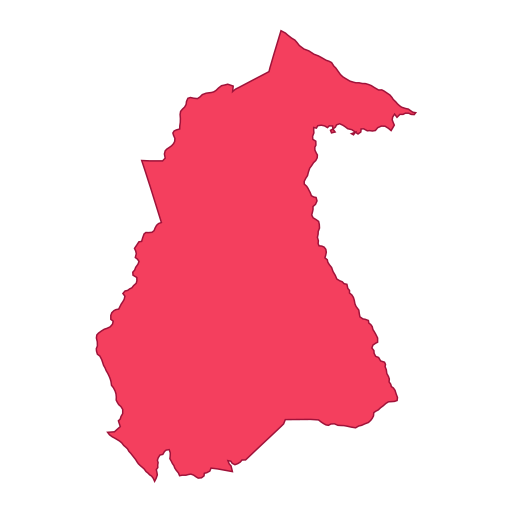 Itapipoca, Ceará, Brazil
{"feature_id": "56859067B2993519795590", "entity_name": "Itapipoca", "entity_type": "district", "adm_level": 2, "iso_a3": "BRA", "parent_name": "Brazil", "parent_adm1": "Ceará", "projection": "albers", "projection_center": [-39.58, -3.366], "detail": "fine", "context": "isolated", "style": "filled", "palette": "rose", "viewbox_px": 512, "rotation_deg": 0, "n_neighbors": 0, "source": "geoboundaries", "source_scale": "gbopen_adm2", "svg_char_len": 5557}
<svg xmlns="http://www.w3.org/2000/svg" viewBox="0 0 512 512"><path d="M98.5,333.1L96.8,335.0L96.4,338.0L97.3,341.8L97.4,346.0L96.3,348.7L96.5,351.1L97.4,354.2L99.9,356.1L101.7,359.6L102.8,362.9L103.6,365.4L105.0,367.8L106.2,370.7L107.7,373.2L109.1,376.1L110.2,378.8L111.0,381.6L111.5,385.3L113.4,387.7L115.1,391.0L116.0,393.9L116.3,397.0L116.2,400.1L117.2,402.1L118.7,404.6L120.9,406.5L122.7,409.4L122.7,413.6L121.0,416.5L120.2,419.1L118.4,420.8L119.2,423.3L120.3,426.6L114.4,431.8L107.6,432.3L109.5,434.8L112.4,436.9L114.5,438.0L116.7,439.3L119.5,441.0L121.7,442.8L123.7,445.4L125.8,447.2L127.5,448.8L128.9,451.3L130.9,453.5L133.4,456.7L135.6,459.5L137.0,461.8L138.4,463.8L140.5,465.8L142.3,467.3L144.2,469.0L146.0,471.5L148.0,473.1L149.6,474.8L151.6,476.1L153.3,478.4L154.6,481.3L156.2,478.2L157.3,474.9L156.9,472.3L156.3,469.6L157.8,467.6L157.7,465.0L158.1,462.7L157.4,460.2L158.2,457.8L160.0,455.0L162.8,454.4L164.5,451.5L166.1,450.1L169.2,449.6L170.3,452.9L170.2,456.1L169.9,458.7L171.4,461.4L172.4,463.5L173.9,465.6L174.7,467.9L176.1,470.1L178.4,472.9L179.6,475.7L182.2,475.2L185.9,475.2L188.5,474.5L190.9,474.1L193.6,475.1L196.0,476.8L198.2,478.1L201.5,477.8L204.0,475.9L204.3,473.3L206.8,472.7L209.8,471.1L211.0,468.1L217.6,468.9L232.4,471.6L231.7,468.6L231.0,465.9L229.2,463.9L227.9,460.6L230.8,461.2L232.2,463.3L234.9,464.7L237.8,463.6L240.2,462.1L242.0,460.0L245.6,459.9L251.4,454.4L253.9,452.0L259.1,447.1L266.1,440.5L272.2,434.8L281.5,426.0L283.6,423.9L285.3,419.6L310.5,419.4L318.5,419.9L321.3,422.1L323.6,423.6L326.0,424.9L328.5,425.3L330.9,424.0L334.4,423.8L337.9,425.3L341.0,425.5L344.0,425.6L346.7,426.1L351.2,427.1L355.6,427.8L358.7,426.0L361.7,425.3L364.7,423.9L368.4,422.5L370.7,420.4L372.2,418.4L373.5,415.9L373.8,412.6L375.8,411.2L378.3,409.9L380.5,407.8L383.2,405.8L385.9,403.4L388.5,401.8L392.0,401.6L394.5,401.4L397.1,400.5L397.5,397.6L396.1,393.8L395.0,390.3L393.4,388.0L391.4,386.6L390.7,384.2L389.1,381.9L389.3,379.0L388.5,376.6L386.8,373.5L386.3,369.7L385.1,366.7L385.5,364.4L384.5,362.2L380.6,360.9L378.6,357.5L375.6,356.3L374.1,353.3L373.9,350.6L371.9,348.0L372.9,345.1L375.5,343.3L377.6,342.2L377.6,338.0L375.6,334.0L374.1,331.4L372.9,329.5L372.2,326.6L370.8,324.6L368.8,323.0L368.4,320.5L365.2,319.3L362.9,318.9L359.9,316.8L359.3,313.6L358.8,310.1L356.0,306.4L354.9,303.7L354.3,300.4L353.4,297.4L351.8,294.9L349.5,293.0L349.5,290.4L347.8,288.4L346.9,284.3L344.1,283.7L342.3,281.8L339.6,280.7L336.8,279.0L335.3,275.4L333.0,271.5L331.6,267.5L329.5,264.9L327.8,262.2L327.3,259.8L324.9,257.8L325.7,255.2L326.3,252.2L325.8,249.3L324.1,247.1L321.8,246.1L319.0,245.8L318.1,243.5L318.4,240.8L317.4,237.4L318.1,234.1L318.2,231.5L319.5,228.1L319.3,224.4L318.6,221.4L315.9,219.5L313.1,217.8L311.7,215.0L312.5,211.9L313.0,209.5L313.0,206.5L315.5,204.3L317.0,200.9L316.1,197.5L313.7,197.0L311.4,195.7L310.2,192.6L309.0,190.3L308.0,188.3L306.7,186.3L304.3,184.1L304.2,181.4L305.7,178.4L307.5,175.6L308.4,172.1L309.7,168.2L311.7,165.5L313.5,162.7L315.8,160.5L317.2,157.8L317.4,155.0L316.2,152.9L314.9,150.1L314.8,147.3L315.9,145.2L315.8,141.2L312.8,139.3L312.6,136.3L313.9,132.9L313.7,130.3L313.7,127.5L316.4,128.1L317.8,125.7L321.3,125.2L324.6,125.9L327.5,127.6L329.3,125.8L332.6,126.0L332.9,129.0L335.4,127.1L336.5,124.9L339.6,123.7L343.0,125.3L345.4,126.9L347.7,128.7L351.9,129.7L355.4,132.2L358.0,134.0L360.8,132.0L361.1,129.0L363.6,128.8L367.3,130.8L369.6,130.6L372.4,131.0L375.4,130.5L377.7,127.7L381.3,126.1L385.0,126.2L388.4,128.3L391.1,130.6L392.9,127.6L394.3,125.1L393.3,122.8L392.2,119.8L392.7,117.0L394.6,114.1L397.0,117.3L399.9,114.4L403.0,114.4L405.4,113.2L408.7,113.2L411.1,114.4L414.2,114.6L415.7,112.7L412.8,112.2L410.3,110.5L408.4,109.1L405.6,108.5L401.6,107.2L399.5,105.7L397.4,103.8L395.9,102.0L393.2,99.4L392.0,97.5L389.9,95.0L384.0,91.0L381.8,89.9L378.6,90.0L374.1,87.4L371.3,85.6L368.5,84.5L365.5,83.6L362.2,83.5L359.1,82.8L355.9,82.8L353.5,82.2L349.9,81.1L345.0,78.2L342.8,76.8L340.4,74.5L337.6,70.6L335.7,67.9L333.9,66.2L331.6,62.6L329.2,61.3L326.0,60.2L323.3,58.6L321.2,57.4L318.4,55.9L313.9,54.2L308.9,50.9L303.9,49.0L299.3,45.5L297.3,42.9L294.9,40.1L291.6,38.1L287.6,35.0L285.5,33.1L281.0,30.7L273.6,55.2L271.5,62.5L270.0,67.6L269.0,71.6L266.8,72.8L253.4,79.8L238.8,87.5L235.4,89.2L232.6,91.6L233.2,86.1L231.0,85.3L227.7,84.2L224.7,85.0L221.5,85.7L218.5,88.0L216.2,90.3L213.7,91.9L211.4,92.5L208.9,92.8L206.1,93.2L202.3,94.6L199.9,97.0L197.5,98.6L193.6,98.2L190.4,97.5L187.9,98.3L186.5,101.4L186.1,104.5L184.6,107.1L182.4,109.2L180.6,111.4L180.1,114.4L180.4,118.6L180.3,122.4L179.8,125.9L179.7,129.0L176.4,129.9L174.1,131.0L172.9,133.0L173.5,135.2L174.9,138.4L174.7,141.4L173.5,143.7L171.6,145.8L169.2,147.5L166.8,149.1L165.2,150.8L164.4,154.0L165.2,158.1L162.6,160.9L150.0,160.9L141.7,160.5L145.6,172.3L147.9,179.5L150.4,187.2L161.4,222.5L158.5,223.6L156.6,225.3L155.1,228.0L154.1,230.6L152.0,232.3L148.3,232.6L145.9,232.5L144.1,233.9L142.7,237.7L141.6,241.4L138.9,241.8L136.6,245.3L134.5,248.4L135.7,251.0L136.3,253.7L135.3,257.5L137.5,259.2L139.0,261.5L137.9,264.3L135.7,267.3L134.7,270.0L132.8,272.2L133.0,275.2L136.8,277.5L136.9,280.7L136.2,283.3L133.6,285.6L131.9,287.8L129.8,288.8L127.6,290.4L125.0,291.0L122.9,293.5L124.9,296.2L124.2,299.3L122.9,301.6L121.2,304.1L120.1,306.3L118.7,309.1L116.0,309.6L114.0,310.6L111.8,312.7L110.8,315.4L110.8,319.3L113.2,321.2L112.5,324.2L110.1,326.9L106.8,328.4L104.3,329.2L101.4,331.0L98.5,333.1ZM332.9,129.0L330.5,130.3L331.5,132.9L335.1,132.0L332.9,129.0ZM355.4,132.2L351.5,133.7L353.5,134.8L355.4,132.2Z" fill="#f43f5e" stroke="#9f1239" stroke-width="1.5"/></svg>